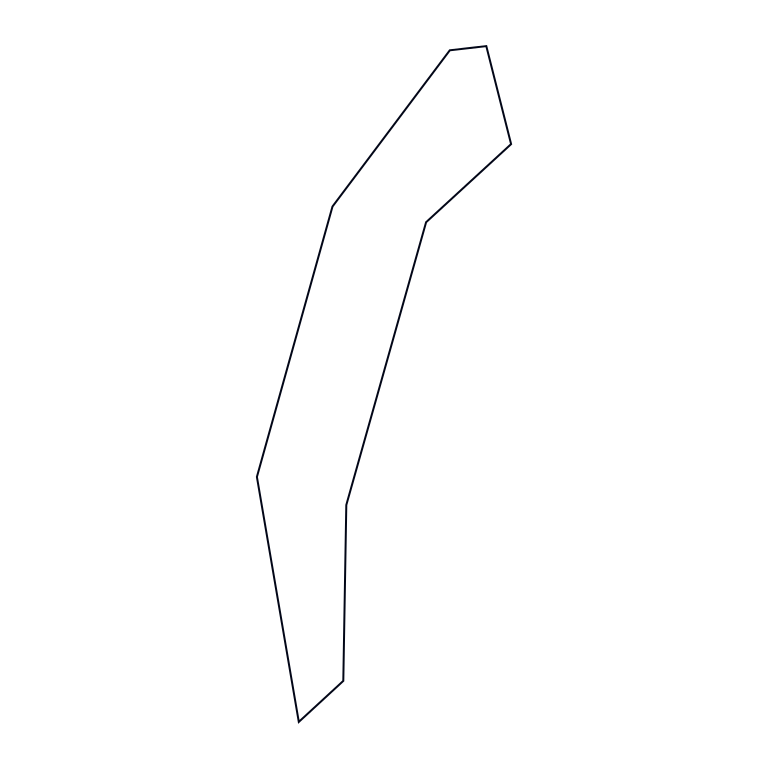 Sanaga-Maritime, Littoral, Cameroon
{"feature_id": "32672807B64707946298331", "entity_name": "Sanaga-Maritime", "entity_type": "district", "adm_level": 2, "iso_a3": "CMR", "parent_name": "Cameroon", "parent_adm1": "Littoral", "projection": "orthographic", "projection_center": [9.637, 3.621], "detail": "fine", "context": "isolated", "style": "outline", "palette": "ink", "viewbox_px": 768, "rotation_deg": 0, "n_neighbors": 0, "source": "geoboundaries", "source_scale": "gbopen_adm2", "svg_char_len": 245}
<svg xmlns="http://www.w3.org/2000/svg" viewBox="0 0 768 768"><path d="M511.1,144.1L486.3,46.1L449.8,50.3L332.5,206.5L256.9,476.9L298.8,721.9L343.3,680.9L346.3,505.0L426.1,222.2L511.1,144.1Z" fill="none" stroke="#020617" stroke-width="2"/></svg>